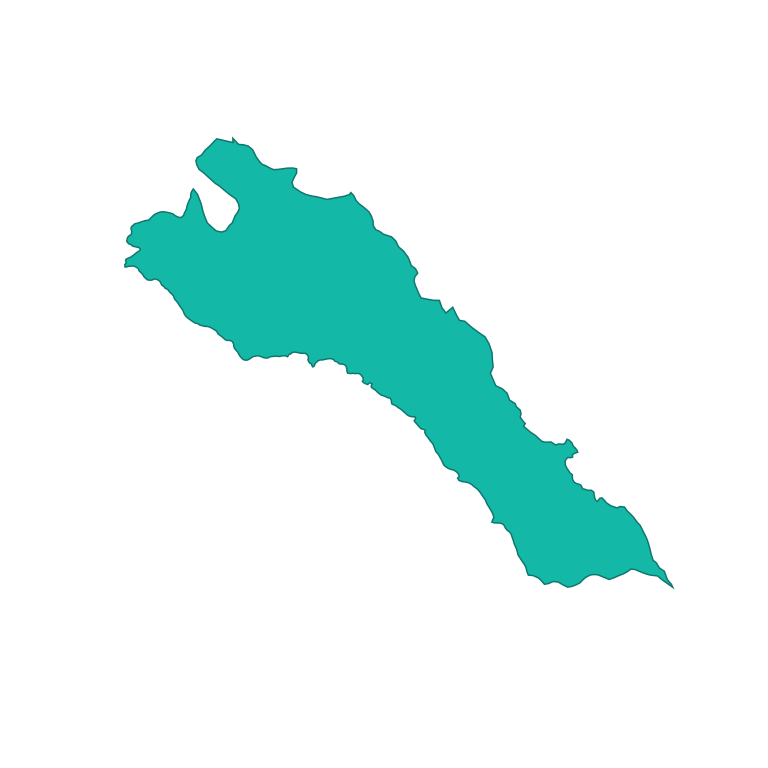 Rizokarpaso, Cyprus (Albers equal-area conic projection), rotated 71°
{"feature_id": "46923920B57718110047043", "entity_name": "Rizokarpaso", "entity_type": "district", "adm_level": 2, "iso_a3": "CYP", "parent_name": "Cyprus", "parent_adm1": "", "projection": "albers", "projection_center": [34.434, 35.609], "detail": "fine", "context": "isolated", "style": "filled", "palette": "teal", "viewbox_px": 768, "rotation_deg": 71, "n_neighbors": 0, "source": "geoboundaries", "source_scale": "gbopen_adm2", "svg_char_len": 6168}
<svg xmlns="http://www.w3.org/2000/svg" viewBox="0 0 768 768"><g transform="rotate(71 384 384)"><path d="M137.5,500.8L139.1,502.9L140.6,504.3L142.7,505.4L144.5,505.8L146.7,508.2L150.8,511.8L154.2,513.8L155.9,515.4L156.9,516.7L159.2,518.5L160.4,520.8L160.3,522.3L159.6,523.8L156.9,526.6L154.4,528.2L152.5,530.8L149.7,535.6L148.6,539.1L148.6,542.7L149.1,546.1L152.4,553.2L151.8,556.3L151.7,560.7L151.8,563.6L151.4,567.4L153.0,571.4L154.5,572.6L158.0,572.9L160.4,574.4L161.0,577.1L162.1,578.9L165.4,580.8L168.1,579.9L169.9,577.8L171.9,576.7L173.2,574.6L175.1,571.4L177.0,570.5L178.3,571.4L179.3,575.4L180.8,579.5L181.6,582.4L181.7,583.9L181.9,586.9L182.8,588.1L185.4,588.2L186.9,590.3L189.1,590.8L189.5,589.1L189.5,587.6L190.7,582.8L191.9,581.1L194.8,578.8L197.4,578.7L201.7,576.5L204.0,576.1L206.5,575.0L208.5,573.8L209.8,571.2L210.2,569.3L210.0,567.5L210.4,565.6L212.8,563.1L214.8,562.3L218.2,561.9L220.1,560.4L222.4,559.7L223.5,558.3L224.9,557.4L227.7,556.6L229.6,555.5L232.0,554.4L234.0,554.4L236.3,554.1L238.4,553.1L241.1,552.3L243.1,551.9L245.6,551.1L248.6,550.3L250.3,550.0L252.1,550.1L254.8,549.6L256.9,548.5L259.2,547.1L264.5,543.2L266.5,540.2L268.4,538.9L271.3,534.4L272.2,532.0L273.5,530.2L275.9,527.9L279.6,525.1L282.6,524.6L284.6,523.2L286.3,522.0L290.3,519.8L291.7,518.3L292.1,516.8L293.5,514.1L295.7,513.3L298.1,513.3L299.7,513.8L301.8,513.7L306.7,511.8L308.4,511.6L311.0,511.1L312.7,510.4L315.0,509.2L316.5,507.0L316.9,505.1L316.5,502.7L315.9,500.7L315.5,498.9L315.8,496.1L316.5,493.3L320.3,488.7L321.1,487.0L321.6,484.6L321.1,483.1L321.6,480.6L322.2,478.6L322.6,476.5L323.4,475.3L324.1,473.2L324.1,471.5L325.1,468.3L326.8,466.3L325.1,464.1L325.2,462.6L324.9,461.7L324.3,460.6L324.7,458.1L326.4,455.0L327.3,453.6L328.3,451.7L329.1,448.8L330.3,447.7L331.8,446.9L333.4,446.5L335.4,447.4L336.2,448.0L337.9,448.0L339.6,447.6L340.7,446.9L341.4,445.9L343.1,446.2L344.6,445.8L344.7,444.8L343.9,443.7L343.0,443.2L342.3,442.6L341.8,441.7L340.7,439.0L340.5,437.2L340.6,436.0L341.1,434.9L341.3,433.6L341.4,432.6L341.8,430.0L341.7,429.1L342.4,427.2L342.6,426.1L343.7,424.6L345.2,423.3L346.5,423.0L347.7,421.2L348.5,420.6L350.0,420.1L350.9,418.9L351.2,417.7L351.6,416.9L352.6,415.4L353.5,414.7L354.7,414.1L356.0,414.1L357.4,414.2L359.9,414.9L362.0,414.8L363.3,412.0L363.8,409.7L364.8,407.9L365.2,406.2L366.0,404.1L368.3,402.6L370.8,401.9L373.5,402.1L374.4,403.6L376.1,402.9L377.8,401.3L379.2,399.5L378.1,397.3L378.9,396.1L380.1,395.2L381.6,396.7L383.0,397.0L385.2,395.5L387.1,394.0L389.1,393.1L391.4,391.8L393.3,390.5L394.4,389.1L395.5,387.6L397.4,385.8L398.8,383.9L399.4,382.7L402.0,382.4L403.8,382.9L405.3,383.1L406.5,382.0L407.7,380.5L409.2,379.3L411.0,378.2L412.8,376.7L414.5,375.6L416.4,374.5L418.7,373.2L421.5,371.6L423.0,370.0L424.3,367.6L425.0,365.6L426.3,365.2L427.7,365.9L428.4,367.4L429.9,367.2L432.1,366.1L434.6,365.3L436.4,364.4L438.4,363.5L439.4,361.9L441.0,360.0L442.9,361.2L445.7,361.0L449.5,359.7L452.7,358.8L456.3,357.3L459.1,357.1L461.4,357.1L465.0,356.9L468.0,355.6L475.0,354.3L479.9,353.9L482.0,352.8L484.3,351.1L486.5,348.6L488.1,346.0L490.9,343.9L493.7,342.8L496.0,343.0L496.9,345.1L499.6,344.5L501.7,341.9L503.4,338.5L505.1,336.0L507.3,334.0L510.9,331.9L514.3,329.6L518.1,328.3L526.8,325.9L530.8,325.7L539.3,323.8L542.1,323.4L546.1,323.6L547.6,325.3L549.7,327.0L551.2,325.0L553.3,319.5L555.4,316.9L557.6,316.3L559.9,316.1L562.5,315.0L565.0,313.3L567.5,312.7L574.6,312.7L577.3,312.9L583.5,312.4L589.4,312.9L596.1,311.2L599.7,310.2L603.0,309.5L607.7,309.9L611.7,309.8L613.6,305.5L617.6,301.2L620.6,299.5L625.6,297.5L626.2,293.5L625.9,288.2L627.9,283.8L632.2,280.2L635.8,276.5L636.5,272.8L636.5,268.2L635.8,263.5L633.2,258.2L632.2,254.8L631.8,250.8L632.5,247.5L634.1,243.8L642.1,234.8L642.1,229.8L641.7,225.2L641.4,219.2L640.7,215.2L639.4,210.9L641.0,207.2L646.7,200.8L649.3,197.5L651.3,194.5L654.6,187.8L659.6,184.8L670.2,177.2L666.9,177.5L661.2,179.8L652.3,179.9L647.6,183.5L641.3,184.9L638.4,186.9L633.1,186.9L626.1,186.2L621.1,185.9L616.5,185.9L612.8,186.2L608.5,186.9L604.9,187.3L600.9,187.9L597.2,189.6L591.6,191.3L588.0,192.9L582.7,195.6L578.7,196.6L576.7,200.6L577.0,204.1L574.9,206.7L573.2,209.0L571.0,210.7L568.7,212.4L565.7,213.5L562.6,215.0L562.3,217.1L564.5,220.5L562.6,221.8L560.0,221.8L557.3,221.4L554.5,220.8L552.0,222.5L550.9,225.9L549.0,228.2L547.9,230.2L543.7,230.8L542.0,232.5L540.9,234.4L538.8,236.1L535.4,236.8L531.2,235.5L528.2,237.2L522.9,238.5L519.9,238.9L516.5,238.1L514.6,236.6L513.3,234.2L514.4,231.7L514.6,229.5L512.5,229.1L511.6,226.8L511.6,223.1L509.5,223.1L507.4,223.8L504.0,225.3L500.8,225.5L497.4,227.2L495.9,228.9L498.9,232.1L499.3,234.2L497.6,238.1L497.4,241.7L493.2,244.9L492.3,248.1L491.3,250.9L489.6,253.4L486.0,255.4L482.1,257.5L479.0,259.8L477.1,261.3L469.4,265.8L467.3,263.3L465.0,264.5L459.6,266.0L456.7,264.1L453.1,263.7L448.6,266.3L445.3,266.4L440.1,270.5L432.8,270.6L427.1,273.7L422.0,278.9L408.5,279.9L403.3,275.2L396.6,273.7L389.3,271.6L380.0,271.6L372.2,273.2L368.1,276.3L359.2,282.5L351.0,287.2L348.4,291.9L342.7,293.0L333.8,294.0L337.0,302.3L330.7,304.4L323.0,304.4L320.9,310.1L318.3,314.8L314.7,321.0L309.4,321.7L300.4,322.3L296.1,322.0L292.8,320.0L290.1,316.0L285.2,316.7L280.9,319.7L277.2,319.7L271.9,320.0L264.6,322.3L259.0,325.6L252.6,326.3L247.3,329.0L244.3,333.0L242.0,336.0L238.4,338.3L235.4,341.6L230.7,342.6L226.4,341.3L220.8,341.3L216.1,342.3L210.8,345.3L205.5,348.9L201.5,350.6L195.9,351.3L192.2,353.0L193.6,354.9L193.6,359.9L190.9,377.9L184.9,386.9L183.2,390.3L179.6,395.9L175.3,400.3L168.3,405.6L163.3,405.3L159.0,401.2L156.0,397.9L152.0,396.6L150.0,400.2L148.4,405.2L146.7,413.9L145.4,418.6L143.0,421.2L139.0,424.9L136.7,427.6L133.4,429.2L127.8,430.9L119.8,431.9L114.8,434.9L112.1,438.9L110.1,443.5L102.5,446.9L106.5,448.2L102.8,454.2L97.8,462.2L99.2,465.5L102.1,470.9L104.8,477.2L108.1,481.9L109.1,486.9L111.7,489.2L116.1,489.6L121.0,488.9L125.4,485.9L139.3,478.3L143.6,474.9L147.6,472.6L154.6,468.3L160.6,463.9L166.2,462.9L170.9,463.6L173.9,466.3L176.5,470.0L182.2,475.0L183.8,478.6L187.5,483.6L187.5,488.0L184.8,492.7L179.2,496.0L174.2,498.6L167.2,499.0L161.9,499.0L155.2,498.3L151.3,498.3L143.9,498.6L137.5,500.8Z" fill="#14b8a6" stroke="#0f766e" stroke-width="1.5"/></g></svg>